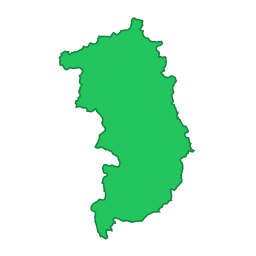 outline of Domingos Martins, Espírito Santo, Brazil, rotated 87°
{"feature_id": "56859067B46738246556776", "entity_name": "Domingos Martins", "entity_type": "district", "adm_level": 2, "iso_a3": "BRA", "parent_name": "Brazil", "parent_adm1": "Espírito Santo", "projection": "albers", "projection_center": [-40.844, -20.318], "detail": "fine", "context": "isolated", "style": "filled", "palette": "green", "viewbox_px": 256, "rotation_deg": 87, "n_neighbors": 0, "source": "geoboundaries", "source_scale": "gbopen_adm2", "svg_char_len": 5809}
<svg xmlns="http://www.w3.org/2000/svg" viewBox="0 0 256 256"><g transform="rotate(87 128 128)"><path d="M18.6,115.7L18.7,117.4L19.6,118.0L21.0,118.8L22.7,118.9L23.8,119.0L24.8,119.4L26.1,119.6L27.8,120.2L30.1,122.9L30.2,124.3L29.9,125.6L30.6,127.3L30.4,128.5L30.5,129.8L31.7,130.6L32.6,131.5L33.5,132.6L34.1,134.0L34.1,135.1L32.9,136.1L32.2,137.6L33.0,138.5L35.2,140.1L36.4,141.6L35.7,143.0L35.6,144.3L35.2,147.5L35.2,149.0L35.2,150.6L34.8,152.1L36.1,152.4L37.2,153.4L38.7,153.4L39.8,153.6L40.5,154.6L41.6,155.0L42.1,156.4L42.5,158.2L42.1,159.4L41.1,160.6L41.7,162.0L43.4,162.8L44.9,163.7L45.0,165.0L44.9,166.3L44.1,168.2L46.1,168.9L47.1,170.2L47.2,171.4L49.0,174.4L49.3,176.2L49.3,177.9L50.0,179.2L49.9,180.4L50.8,181.4L51.7,182.5L50.9,183.6L49.9,183.4L48.7,183.3L48.8,185.3L48.1,186.9L48.7,188.0L49.4,189.1L50.4,191.0L51.9,190.4L54.1,192.7L55.3,192.3L56.6,192.2L57.9,192.5L59.2,192.6L60.6,192.5L61.8,192.2L61.4,190.5L62.8,189.5L64.5,188.7L65.8,187.8L66.6,186.7L66.1,185.0L65.0,183.3L64.6,182.1L65.2,181.2L65.5,180.0L65.6,178.5L65.6,177.1L65.3,175.4L65.1,173.1L66.0,172.2L67.2,170.9L69.2,170.3L72.5,172.1L72.9,173.6L74.5,173.3L76.0,173.1L77.7,173.7L79.4,173.9L81.2,173.5L82.2,172.0L83.3,172.2L84.4,173.4L85.7,173.9L87.3,174.0L88.1,175.1L89.7,175.1L91.2,174.3L92.7,174.1L93.8,174.2L94.8,175.2L95.5,176.3L97.1,176.3L98.2,176.9L98.1,178.4L99.5,179.1L100.6,179.2L101.4,178.3L102.9,178.1L104.6,178.6L104.2,177.3L104.2,176.0L103.9,174.3L105.0,173.4L105.6,172.1L105.6,168.8L106.8,168.2L109.1,167.9L109.1,166.5L109.6,165.2L109.8,163.8L109.3,162.2L108.1,160.9L107.2,159.4L108.2,158.5L109.4,158.6L110.5,157.7L111.6,156.8L112.8,155.4L113.7,154.7L115.0,154.1L116.3,152.9L117.5,152.9L118.8,152.7L120.5,152.8L121.3,153.9L122.5,153.3L123.7,153.1L124.8,152.1L126.4,151.2L127.9,150.6L129.3,150.9L131.7,154.0L132.6,154.6L132.8,156.0L134.0,156.9L135.6,157.0L137.9,157.6L139.3,158.3L140.7,158.6L141.5,159.5L142.8,160.3L143.9,160.8L145.2,161.8L146.1,160.6L146.5,158.8L146.0,157.2L146.0,155.4L146.5,153.8L147.8,152.4L148.6,151.2L148.2,149.6L148.8,148.6L149.8,147.8L149.8,146.4L151.0,145.4L152.5,144.8L153.5,144.1L154.2,142.8L154.7,141.6L155.5,140.8L156.3,139.5L157.8,139.2L159.1,139.2L161.1,138.0L162.4,137.9L163.6,138.1L165.9,139.1L166.4,140.5L165.6,142.4L165.4,143.9L164.6,145.0L164.2,146.6L164.9,148.0L164.9,149.4L164.1,150.5L163.3,152.4L164.0,154.1L165.2,154.7L166.3,155.4L167.6,155.5L168.7,154.8L170.0,154.9L171.3,154.5L172.0,153.1L172.2,151.7L173.9,151.2L175.0,151.8L175.3,153.2L175.9,154.4L177.0,155.2L178.4,155.8L179.7,156.1L181.5,156.8L182.4,155.2L184.1,155.2L185.4,155.2L186.8,155.2L188.3,154.5L189.5,155.3L190.8,153.9L193.6,153.8L194.9,154.2L196.7,154.4L198.4,155.3L198.5,156.9L198.2,158.8L197.6,160.1L198.6,161.2L199.7,162.6L200.5,164.2L201.2,165.3L201.8,166.5L202.5,167.4L204.1,168.5L206.0,169.1L207.6,169.0L208.8,168.1L209.1,167.1L209.6,165.8L211.2,164.9L212.6,165.0L215.0,165.9L216.2,165.5L217.9,165.5L219.6,165.7L221.1,165.1L223.1,164.7L224.9,164.2L226.3,164.0L227.4,163.8L229.1,163.7L230.8,163.1L231.8,161.9L233.0,161.6L234.1,161.5L235.2,161.0L234.5,159.8L235.7,158.5L237.4,156.0L236.7,154.6L235.4,154.1L234.1,154.6L232.7,155.3L229.2,155.2L228.5,154.2L229.2,153.3L229.0,152.0L229.1,150.8L229.8,149.5L228.0,149.5L226.9,150.5L225.6,150.6L224.6,149.2L223.4,148.2L222.2,147.4L222.2,145.6L221.0,146.0L220.1,147.1L219.0,147.5L217.9,147.2L217.4,146.1L217.0,145.0L217.7,143.3L218.6,141.5L220.4,138.8L220.7,137.4L220.6,135.9L220.0,134.7L220.7,133.7L221.0,132.0L221.5,130.8L222.2,129.6L222.1,128.4L222.0,127.2L221.6,125.6L221.6,124.1L221.4,122.6L221.5,120.9L221.8,119.6L221.0,118.1L219.6,117.3L218.6,116.2L217.0,114.5L215.9,113.2L215.2,112.1L215.0,110.7L214.0,109.0L213.3,107.2L213.2,105.2L213.4,103.6L213.1,102.4L213.4,101.1L212.3,101.7L211.3,101.9L210.7,100.8L209.3,99.9L209.0,98.2L206.9,97.2L205.7,96.2L205.6,94.6L205.6,92.9L204.5,91.9L203.0,91.2L202.7,89.7L202.3,88.3L201.1,89.0L199.8,88.1L198.3,88.1L196.0,88.1L195.0,88.7L194.0,88.3L192.6,88.8L191.5,88.5L191.7,86.8L192.5,84.7L191.6,83.7L190.4,82.9L188.7,81.9L187.3,79.7L185.9,78.9L185.0,77.4L183.6,77.1L182.2,77.0L180.3,77.7L178.8,77.0L177.7,77.5L174.3,76.2L173.0,76.2L171.9,75.4L170.8,75.4L169.5,75.5L168.3,75.3L166.7,75.6L165.3,76.2L164.2,76.9L162.9,77.5L161.5,77.0L160.5,75.2L159.8,73.1L159.4,71.4L158.0,71.5L157.0,70.5L156.3,69.2L155.1,69.2L154.0,68.7L154.2,67.1L155.0,66.2L155.2,64.5L154.0,63.3L153.3,64.9L152.1,66.4L151.0,66.3L149.6,67.0L148.1,66.8L146.8,66.1L145.8,67.6L144.7,67.5L142.7,67.7L141.1,68.1L140.6,69.8L140.0,71.0L138.6,71.7L136.8,71.5L135.6,71.0L135.8,69.6L135.2,68.6L134.0,67.8L132.6,68.7L130.7,69.4L129.3,70.1L129.2,71.4L129.0,72.7L128.0,73.1L126.9,73.7L125.7,74.5L124.4,75.1L123.2,75.4L122.0,76.1L121.7,77.5L120.9,78.4L120.2,77.3L119.0,78.4L117.4,78.6L116.3,77.5L115.1,77.3L114.9,78.7L113.4,78.6L112.1,79.3L110.9,79.3L109.9,80.2L108.2,80.4L107.0,81.0L106.6,82.4L105.4,83.0L104.5,81.9L103.4,81.3L102.2,81.8L100.2,82.3L98.6,82.4L97.3,82.9L95.9,81.4L94.8,80.5L90.8,81.4L89.3,81.2L88.1,80.3L86.4,79.5L84.8,78.4L83.8,77.3L82.4,77.8L81.3,78.0L80.3,78.2L79.6,79.1L78.5,80.8L78.2,82.1L79.2,83.3L79.6,84.8L79.7,86.4L79.0,87.9L78.1,89.6L76.5,90.2L75.7,91.7L74.3,92.0L73.9,90.9L73.0,89.6L72.7,88.5L70.7,89.2L69.6,88.6L68.6,87.8L67.8,87.1L66.3,86.8L64.8,86.7L63.6,86.4L62.0,86.6L60.3,86.6L59.0,86.8L58.9,88.4L59.5,90.0L58.9,91.0L58.2,92.2L58.7,93.5L57.3,93.6L55.7,92.9L54.2,92.9L52.8,94.0L51.7,95.5L50.4,95.7L48.9,95.4L47.5,93.8L47.3,92.0L46.8,90.8L45.9,89.6L44.3,89.5L43.2,90.3L43.6,91.3L43.4,93.0L43.8,94.5L43.4,96.0L43.0,97.4L43.2,99.0L42.7,100.1L42.3,101.5L40.5,102.5L39.3,103.6L39.2,104.9L38.4,106.3L37.1,107.5L34.1,108.6L32.9,108.0L31.8,107.8L31.6,109.6L30.5,110.7L28.7,109.8L26.1,107.9L24.8,108.4L23.5,108.5L22.6,107.6L21.6,108.1L21.1,109.3L20.8,110.7L20.2,112.7L19.8,114.5L18.6,115.7Z" fill="#22c55e" stroke="#15803d" stroke-width="1.5"/></g></svg>